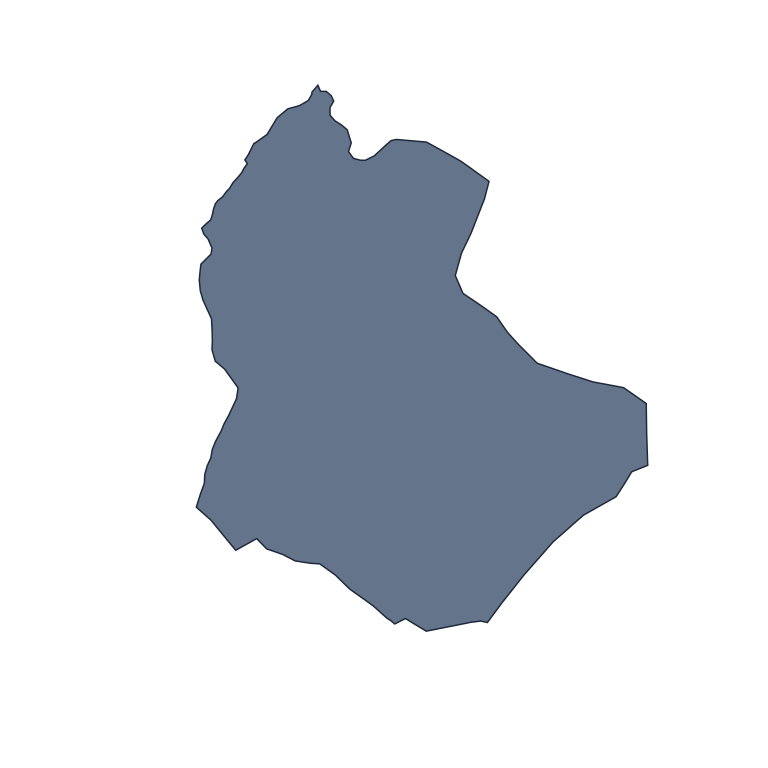 Tolikara, Papua, Indonesia, rotated 40°
{"feature_id": "22746128B10432975654062", "entity_name": "Tolikara", "entity_type": "district", "adm_level": 2, "iso_a3": "IDN", "parent_name": "Indonesia", "parent_adm1": "Papua", "projection": "natural_earth1", "projection_center": [138.342, -3.489], "detail": "fine", "context": "isolated", "style": "filled", "palette": "slate", "viewbox_px": 768, "rotation_deg": 40, "n_neighbors": 0, "source": "geoboundaries", "source_scale": "gbopen_adm2", "svg_char_len": 3266}
<svg xmlns="http://www.w3.org/2000/svg" viewBox="0 0 768 768"><g transform="rotate(40 384 384)"><path d="M518.6,560.9L533.6,561.4L536.7,561.5L540.0,561.1L541.5,560.9L546.5,560.9L548.4,556.4L550.5,551.5L551.3,549.9L552.3,549.7L560.2,548.5L568.1,547.3L575.2,546.2L578.6,542.0L581.2,538.8L583.8,535.5L588.3,529.9L592.8,524.3L593.5,523.5L597.8,518.1L599.9,515.5L604.0,510.3L604.5,509.9L610.5,503.4L613.2,502.0L616.5,500.3L615.4,481.8L615.0,475.5L614.7,464.3L614.0,440.5L614.8,405.8L615.0,396.1L617.9,377.5L619.0,369.8L621.1,356.3L628.9,335.4L634.2,321.3L634.2,320.8L632.9,310.5L632.2,304.9L630.2,292.1L631.4,289.8L631.4,289.7L633.8,285.2L638.3,276.8L616.8,252.8L600.2,233.6L597.5,230.4L584.6,231.5L569.9,232.8L542.9,248.0L540.3,249.1L519.4,257.6L495.6,266.7L488.1,269.6L485.5,269.4L472.4,268.2L461.8,267.3L445.6,265.1L428.7,260.5L427.2,260.1L411.0,261.3L397.9,262.6L393.3,263.1L386.2,263.8L378.3,259.8L368.9,255.1L362.3,240.6L359.2,233.8L355.5,219.2L353.8,212.6L345.1,186.9L345.0,186.7L342.0,177.6L334.2,161.3L324.4,162.0L315.6,162.7L313.5,162.8L299.9,163.9L295.3,164.7L274.0,168.8L261.0,171.4L254.3,176.1L236.2,188.8L233.4,192.4L232.9,193.1L231.7,201.4L229.9,215.5L227.9,220.1L225.9,224.6L222.0,227.8L215.9,230.6L215.5,230.8L207.5,228.8L205.6,224.4L203.9,220.3L198.8,217.1L193.8,213.8L192.4,212.9L190.6,212.9L185.1,212.9L177.3,213.9L170.1,212.9L165.0,207.1L163.6,199.6L158.1,197.0L151.7,197.0L147.2,200.6L141.3,197.6L141.2,206.7L142.6,208.7L143.7,215.3L143.7,215.7L140.3,225.1L133.4,235.1L131.0,248.5L131.2,250.0L133.8,266.8L134.0,268.2L130.2,282.6L129.7,283.2L131.3,290.0L132.7,295.6L132.9,297.7L133.4,301.8L137.7,303.1L138.1,308.7L139.2,313.9L139.2,320.0L138.9,326.7L139.9,333.3L139.6,337.6L140.0,344.3L138.8,350.5L138.9,351.5L138.9,354.2L140.8,359.2L143.6,364.5L145.8,369.6L144.9,374.6L144.8,375.3L144.2,381.8L149.7,385.0L155.7,385.9L156.4,386.2L164.8,390.4L168.0,395.6L166.7,409.8L170.6,415.8L175.8,423.3L179.0,426.4L183.5,430.8L185.8,432.3L191.3,436.0L197.5,439.0L199.0,439.7L200.8,440.6L204.9,442.5L207.6,443.8L210.0,445.0L215.7,451.1L219.0,454.7L223.2,459.5L225.5,462.1L227.4,464.7L230.2,468.3L240.1,475.0L241.1,475.0L243.2,475.0L249.7,475.0L250.3,475.0L251.3,475.0L252.2,475.0L252.6,475.1L254.2,475.5L255.9,476.0L264.8,478.2L273.7,480.5L274.7,480.8L276.0,482.8L280.4,490.0L284.1,503.7L284.4,504.9L285.1,507.4L285.8,511.0L287.0,516.9L287.1,517.4L288.6,522.0L289.4,524.7L289.5,524.9L290.4,529.4L291.6,535.0L291.8,536.1L291.9,536.4L292.7,538.9L293.3,540.8L293.9,542.5L294.6,544.7L295.3,545.9L298.9,552.0L299.4,553.9L300.2,556.9L301.3,560.7L302.4,563.1L304.8,568.4L307.3,571.8L308.3,573.0L310.3,575.7L311.6,579.4L313.9,585.8L316.4,591.8L319.4,599.0L326.5,599.2L330.6,599.3L334.7,599.4L338.6,599.5L345.7,600.8L345.8,600.8L348.3,601.3L361.1,603.7L365.9,604.6L371.8,605.7L373.7,606.0L377.3,606.7L379.6,600.6L381.1,596.7L385.9,584.2L386.7,584.3L390.1,584.7L396.0,585.3L400.2,585.7L405.4,583.7L409.5,582.1L410.6,581.7L415.4,579.9L415.5,579.8L415.8,579.7L421.4,578.5L425.7,577.5L428.9,576.8L429.5,576.7L434.3,573.8L439.8,570.5L443.2,568.4L447.0,565.6L450.3,563.1L450.6,563.1L455.0,562.7L457.9,562.5L462.9,562.1L467.2,561.8L469.2,561.6L485.0,562.8L488.1,563.0L490.1,563.1L503.8,562.0L512.9,561.3L518.6,560.9Z" fill="#64748b" stroke="#1e293b" stroke-width="1.5"/></g></svg>